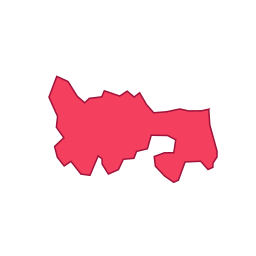 Furkat, Ferghana, Uzbekistan (Mercator projection), rotated 138°
{"feature_id": "79887680B57578382028963", "entity_name": "Furkat", "entity_type": "district", "adm_level": 2, "iso_a3": "UZB", "parent_name": "Uzbekistan", "parent_adm1": "Ferghana", "projection": "mercator", "projection_center": [70.733, 40.505], "detail": "fine", "context": "isolated", "style": "filled", "palette": "rose", "viewbox_px": 256, "rotation_deg": 138, "n_neighbors": 0, "source": "geoboundaries", "source_scale": "gbopen_adm2", "svg_char_len": 830}
<svg xmlns="http://www.w3.org/2000/svg" viewBox="0 0 256 256"><g transform="rotate(138 128 128)"><path d="M193.8,125.2L187.9,118.3L168.9,127.2L167.9,122.6L171.4,118.4L173.4,106.9L162.9,103.5L152.4,107.9L143.9,101.5L137.3,104.9L127.5,99.6L115.6,107.1L103.6,95.9L100.4,87.3L110.5,79.0L117.7,85.3L127.6,89.3L133.2,81.3L132.9,67.7L130.4,57.1L125.5,55.5L108.3,64.6L96.2,54.6L96.3,43.6L91.2,42.0L88.4,45.0L81.3,46.9L77.4,51.1L65.2,75.5L55.7,87.6L55.2,87.8L61.9,91.6L71.5,100.1L76.8,107.5L88.4,114.2L98.7,122.1L98.6,133.0L95.8,146.4L102.7,146.9L104.0,156.0L112.8,157.3L120.7,171.5L126.6,168.7L136.9,175.9L143.3,175.7L144.5,185.5L142.5,196.9L141.5,202.7L146.4,214.0L166.1,203.8L172.6,183.7L180.7,176.5L182.2,163.7L194.9,163.4L200.1,153.5L200.8,142.5L192.7,141.3L193.8,125.2Z" fill="#f43f5e" stroke="#9f1239" stroke-width="1.5"/></g></svg>